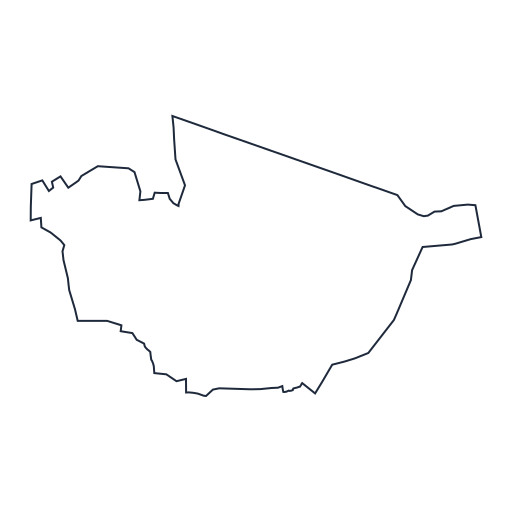 Baure, Katsina, Nigeria (Natural Earth projection)
{"feature_id": "59680162B19484855656708", "entity_name": "Baure", "entity_type": "district", "adm_level": 2, "iso_a3": "NGA", "parent_name": "Nigeria", "parent_adm1": "Katsina", "projection": "natural_earth1", "projection_center": [8.765, 12.798], "detail": "fine", "context": "isolated", "style": "outline", "palette": "slate", "viewbox_px": 512, "rotation_deg": 0, "n_neighbors": 0, "source": "geoboundaries", "source_scale": "gbopen_adm2", "svg_char_len": 1804}
<svg xmlns="http://www.w3.org/2000/svg" viewBox="0 0 512 512"><path d="M30.7,220.4L40.8,217.9L41.4,227.4L50.6,232.5L59.7,239.8L60.9,240.9L64.3,245.1L62.5,251.3L63.5,260.1L67.9,278.3L68.5,284.1L69.2,290.1L75.0,309.3L77.7,320.9L107.2,320.9L121.4,325.3L120.7,331.2L132.4,333.1L136.7,339.8L144.1,343.6L144.7,346.1L145.3,347.2L147.3,349.4L149.0,350.7L150.3,352.0L150.6,355.1L150.9,357.1L151.2,359.6L152.1,361.0L153.2,363.9L153.8,366.2L154.3,373.1L166.2,374.3L166.3,374.3L176.5,381.2L186.0,378.9L186.1,392.5L188.9,392.4L193.2,392.8L197.8,393.6L203.7,395.7L206.0,396.0L212.9,389.6L219.2,388.3L250.8,389.3L260.5,389.1L271.5,388.0L278.0,387.7L282.3,386.1L282.8,389.6L283.3,391.9L284.5,392.0L286.6,391.6L288.8,390.6L289.6,390.9L291.1,390.7L292.8,390.1L292.9,389.4L293.3,388.5L295.1,388.0L297.2,387.5L298.8,386.9L299.9,386.7L300.3,386.1L301.0,385.1L301.3,384.6L301.4,384.3L301.5,384.0L301.7,383.7L302.0,383.4L302.2,383.1L315.1,393.4L322.2,381.8L332.2,364.7L344.4,361.6L354.8,358.4L368.3,353.0L393.9,320.0L396.8,313.4L410.9,280.1L412.1,270.1L422.6,247.0L451.9,244.5L454.8,243.9L470.8,239.1L481.3,237.1L479.1,225.2L475.4,205.2L467.8,204.6L453.7,205.9L441.3,211.3L434.5,211.6L427.9,215.6L423.8,216.2L417.8,214.4L405.3,206.1L397.4,195.1L376.7,187.8L372.8,186.5L354.4,180.0L346.8,177.3L329.8,171.3L309.8,164.3L295.0,159.1L271.3,150.8L250.8,143.6L223.6,134.1L202.9,126.7L172.4,116.0L173.6,127.7L174.1,139.0L175.5,159.4L185.0,185.3L183.3,190.3L178.5,204.1L178.6,204.8L178.5,206.0L177.0,205.3L173.4,203.2L169.7,198.8L167.9,193.0L160.8,193.0L154.7,192.7L152.9,198.8L144.0,199.9L139.4,200.2L140.4,191.4L134.5,172.1L128.5,168.3L97.8,166.2L81.4,176.0L78.5,180.6L76.0,182.4L68.3,187.7L60.5,176.4L51.9,181.7L53.2,187.6L48.9,191.0L42.3,180.4L31.6,184.0L30.8,206.9L30.7,220.4Z" fill="none" stroke="#1e293b" stroke-width="2"/></svg>